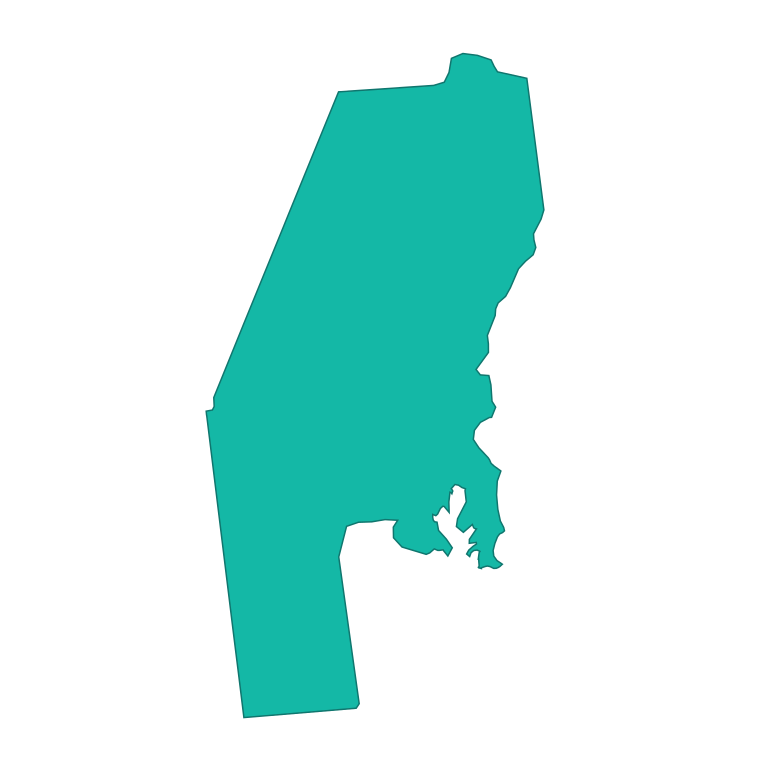 map outline of Mara (orthographic projection), rotated 263°
{"feature_id": "TZA-3394", "entity_name": "Mara", "entity_type": "Region", "adm_level": 1, "iso_a3": "TZA", "parent_name": "United Republic of Tanzania", "parent_adm1": "", "projection": "orthographic", "projection_center": [33.712, -1.747], "detail": "fine", "context": "isolated", "style": "filled", "palette": "teal", "viewbox_px": 768, "rotation_deg": 263, "n_neighbors": 0, "source": "natural_earth", "source_scale": "10m", "svg_char_len": 2195}
<svg xmlns="http://www.w3.org/2000/svg" viewBox="0 0 768 768"><g transform="rotate(263 384 384)"><path d="M374.9,204.1L378.7,204.2L379.1,210.5L382.4,212.7L391.3,213.4L409.4,223.5L461.3,252.4L513.1,281.4L552.2,303.3L565.0,310.4L616.8,339.4L668.6,368.4L679.5,374.5L674.3,469.7L676.2,480.6L685.3,486.5L699.0,490.6L702.4,502.6L698.8,516.8L692.6,529.8L685.9,532.0L680.0,534.7L670.0,563.0L537.3,563.9L528.5,560.0L514.9,550.7L508.8,550.4L501.0,551.3L494.1,547.8L488.6,539.4L482.0,531.6L464.2,521.2L456.2,515.4L450.6,507.2L445.0,504.0L438.4,502.7L419.6,492.5L411.1,492.5L402.6,491.5L387.2,477.1L381.3,480.7L379.6,489.1L370.1,490.0L353.7,489.1L347.4,492.0L337.8,486.7L337.9,484.4L334.2,475.0L327.0,468.1L318.1,465.9L309.1,470.4L298.1,478.4L295.9,479.5L292.2,480.6L289.0,483.4L283.4,489.4L273.8,484.6L260.2,482.2L245.7,481.7L233.8,482.8L227.1,485.3L223.6,485.7L222.1,483.6L221.1,480.5L218.5,478.0L212.2,474.6L205.4,472.0L199.8,472.0L195.0,474.6L190.7,479.5L188.7,476.7L187.9,474.9L187.4,472.9L187.6,470.4L189.8,467.1L190.7,464.5L190.6,462.7L190.1,460.1L189.6,458.1L189.0,458.1L190.1,455.5L190.6,455.3L191.1,456.0L192.3,456.3L199.1,456.6L199.0,456.3L205.0,457.9L206.2,458.8L207.8,456.2L207.8,452.8L205.9,449.8L202.3,448.0L205.2,445.3L208.8,447.9L212.1,452.7L213.9,456.3L215.5,456.3L215.5,449.2L219.4,449.8L228.9,458.1L229.6,456.3L230.4,455.5L233.8,454.6L227.1,444.7L233.7,438.5L241.3,440.6L257.0,451.3L268.2,451.4L270.1,452.1L271.7,448.8L274.5,445.6L275.6,442.1L271.9,438.0L270.0,439.1L269.3,439.2L268.6,438.8L266.8,438.0L267.7,437.5L268.0,437.5L268.1,437.3L268.6,436.3L259.0,434.0L248.6,433.0L255.1,428.8L255.5,427.5L253.6,424.8L248.4,421.4L247.0,419.4L248.6,416.5L245.6,416.1L242.9,416.3L241.1,417.4L240.4,419.8L232.0,420.3L222.4,427.0L213.1,431.8L205.5,426.4L211.3,422.8L212.2,422.4L212.1,418.8L212.3,417.1L214.2,413.8L210.8,408.8L209.8,405.1L220.0,382.0L230.2,374.7L240.8,375.8L247.1,381.0L249.3,368.5L248.7,355.1L249.9,341.9L247.3,329.5L217.9,318.0L69.7,320.4L65.6,316.9L70.0,204.3L70.4,204.3L100.2,204.3L114.6,204.3L158.8,204.2L203.1,204.2L240.1,204.2L247.3,204.2L289.7,204.2L291.5,204.2L335.7,204.2L355.5,204.2L373.9,204.2L374.9,204.1Z" fill="#14b8a6" stroke="#0f766e" stroke-width="1.5"/></g></svg>